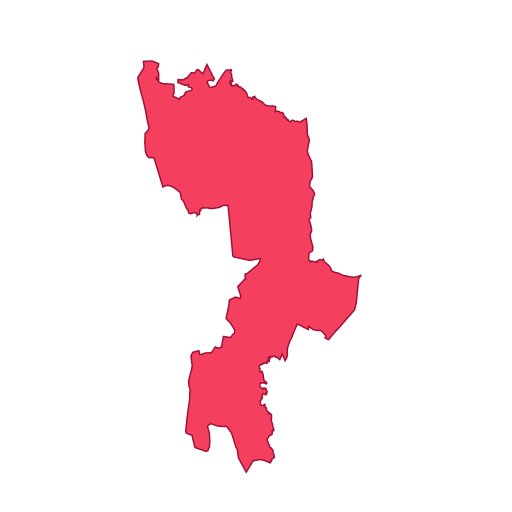 outline of Šķēdes pag., Saldus, Latvia, rotated 260°
{"feature_id": "27541924B42319814490373", "entity_name": "Šķēdes pag.", "entity_type": "district", "adm_level": 2, "iso_a3": "LVA", "parent_name": "Latvia", "parent_adm1": "Saldus", "projection": "natural_earth1", "projection_center": [22.385, 56.877], "detail": "fine", "context": "isolated", "style": "filled", "palette": "rose", "viewbox_px": 512, "rotation_deg": 260, "n_neighbors": 0, "source": "geoboundaries", "source_scale": "gbopen_adm2", "svg_char_len": 6095}
<svg xmlns="http://www.w3.org/2000/svg" viewBox="0 0 512 512"><g transform="rotate(260 256 256)"><path d="M340.1,176.3L340.5,177.0L340.9,178.8L340.9,181.4L339.4,184.7L336.5,188.2L331.5,192.5L325.0,192.4L322.8,194.0L315.0,195.9L313.2,197.0L310.0,197.2L309.6,197.8L308.9,199.4L309.6,202.0L308.9,204.1L307.3,205.3L306.3,205.1L307.2,206.0L306.9,206.6L307.2,207.1L306.8,207.5L307.7,207.9L308.3,207.8L309.1,208.1L309.5,208.6L311.0,208.3L311.2,208.6L310.9,208.7L311.3,209.1L311.1,209.5L311.6,209.5L311.5,209.9L311.8,209.9L312.7,210.7L312.5,210.9L312.9,211.6L312.5,211.9L311.9,216.4L310.7,219.2L310.3,221.8L310.2,228.4L311.6,232.8L310.8,235.8L311.1,237.3L259.9,233.2L258.9,234.1L252.8,249.0L252.8,259.0L252.4,259.8L249.9,258.6L247.1,256.3L240.3,244.3L240.1,242.3L238.5,241.8L236.4,241.7L235.4,241.9L235.5,241.3L229.0,232.7L218.9,234.1L217.5,233.1L216.8,233.0L219.1,228.8L217.3,222.2L211.8,220.6L200.1,215.8L198.9,216.1L194.8,218.9L189.1,221.4L186.5,222.1L184.0,221.5L182.3,218.9L180.3,217.4L180.7,215.1L182.4,209.9L172.5,206.3L171.7,203.1L173.5,200.0L168.4,195.2L169.3,189.1L168.5,184.9L168.8,183.5L172.7,183.3L172.1,177.0L168.9,174.6L158.9,174.1L154.9,172.6L147.4,169.1L143.5,167.7L138.6,167.5L136.1,168.0L131.9,166.8L127.9,166.2L109.8,160.4L95.6,156.3L93.8,156.6L91.4,160.1L91.0,161.8L78.0,162.6L72.3,172.9L72.7,174.9L73.7,175.3L76.0,177.0L81.6,178.4L89.9,179.3L96.8,178.6L98.4,181.1L98.5,182.9L95.4,188.3L93.9,193.2L93.7,195.1L93.1,197.7L85.7,201.2L71.1,203.1L69.7,203.9L59.9,203.7L44.8,208.8L54.8,217.7L54.9,222.4L54.6,225.7L52.5,230.0L49.8,233.9L50.6,235.0L51.8,235.1L52.0,236.0L53.2,236.3L54.1,238.5L54.6,239.1L57.4,239.2L59.1,238.7L62.4,238.9L63.1,238.1L64.2,237.6L65.1,236.6L72.6,235.1L74.3,235.5L75.1,236.6L76.5,237.4L76.7,239.0L77.4,240.0L77.5,240.7L78.8,241.3L80.1,241.2L81.3,242.0L80.8,242.7L81.4,243.4L83.3,243.3L84.1,242.9L88.5,243.0L90.3,242.4L96.5,243.7L97.9,243.3L97.9,242.6L98.2,242.1L99.3,241.9L99.4,241.7L98.6,241.3L98.6,241.0L100.5,241.0L101.5,240.0L103.0,239.5L103.6,239.5L104.4,240.0L105.5,239.0L106.3,238.6L106.8,238.5L107.9,239.2L108.2,239.1L108.4,238.5L107.7,237.1L107.6,236.3L107.9,235.6L108.9,234.8L112.4,234.9L112.9,235.1L113.1,235.9L114.1,236.7L114.9,236.7L115.0,237.1L114.8,237.3L115.2,237.6L116.0,237.5L118.9,238.5L119.2,238.9L119.2,239.4L117.9,240.7L119.0,242.0L118.2,242.4L120.5,243.4L124.0,242.6L124.2,242.1L124.0,241.3L124.6,240.9L123.6,240.2L123.7,239.5L125.0,238.8L125.9,237.6L126.7,237.2L129.1,237.5L130.0,238.2L129.9,241.1L128.4,243.6L128.3,244.1L128.9,244.5L130.0,244.3L131.6,242.7L132.5,242.2L137.4,242.4L141.2,242.1L141.2,240.1L141.6,239.8L144.1,240.4L145.3,239.6L146.9,240.1L148.5,242.3L148.3,243.9L149.3,244.7L149.4,245.2L149.0,245.6L149.2,246.4L148.3,248.0L148.8,248.4L149.6,248.1L150.9,249.1L150.2,249.4L149.6,250.4L150.2,251.0L151.6,250.6L151.3,251.0L151.8,251.3L152.7,250.9L153.8,251.0L153.2,251.6L153.6,252.0L153.4,252.2L154.4,252.3L154.6,253.0L153.8,253.3L153.8,254.7L154.5,255.7L154.0,257.4L153.1,257.5L152.7,258.2L152.8,258.8L149.8,261.4L154.7,264.8L147.9,266.5L150.3,268.5L153.0,269.7L159.0,270.7L162.8,272.5L167.6,275.4L169.8,277.3L174.4,279.9L181.9,284.9L174.5,294.8L177.5,295.6L173.5,299.7L171.8,304.2L171.8,306.1L170.5,307.7L165.6,310.9L163.2,309.9L161.0,312.9L169.3,322.8L169.2,323.1L185.9,343.7L193.0,346.8L212.6,352.2L216.8,353.7L217.7,355.3L218.7,355.7L217.9,351.6L218.1,348.7L218.8,346.0L221.8,338.4L225.0,333.8L226.0,331.1L228.0,328.0L231.6,327.2L234.0,326.1L238.5,322.3L241.3,321.9L240.6,320.0L241.3,318.1L241.0,316.8L240.4,315.8L239.6,315.7L239.3,315.2L240.0,314.7L239.7,314.4L239.6,313.6L240.0,313.4L239.9,313.0L240.2,312.1L240.8,311.4L241.0,310.7L240.5,309.7L241.7,309.0L241.6,307.9L243.1,307.3L246.2,307.8L250.0,308.9L250.9,311.9L251.5,312.7L252.3,312.8L252.0,313.0L252.8,312.9L255.2,313.7L262.9,312.8L266.0,312.9L267.9,313.2L271.3,315.3L277.2,315.3L282.4,314.5L283.1,315.0L284.2,316.6L288.6,316.9L295.0,319.7L300.2,320.8L301.5,321.7L305.1,323.1L305.9,324.2L307.5,324.5L311.0,323.4L314.4,321.1L316.5,321.1L321.0,322.7L321.4,323.6L324.3,325.4L335.5,326.8L339.3,327.1L346.0,325.3L350.3,324.6L361.0,328.8L366.9,327.7L376.8,329.1L382.8,329.4L380.2,322.3L381.6,320.2L381.7,318.0L383.3,316.0L383.2,314.2L382.1,313.0L383.7,311.2L384.9,311.2L385.0,310.7L384.6,310.1L384.7,309.9L386.8,309.7L388.2,308.5L387.7,308.1L387.7,307.8L390.8,307.9L392.6,307.1L392.9,306.5L392.7,305.4L394.0,304.1L394.7,302.9L395.1,301.4L394.8,300.1L399.6,301.3L400.9,298.6L401.2,295.6L402.6,291.9L404.7,290.0L406.9,288.7L408.7,285.8L411.3,283.1L413.5,282.3L413.0,281.5L413.1,280.4L411.1,280.2L410.9,279.6L411.8,279.1L413.2,277.4L413.4,276.0L414.9,275.3L417.5,275.2L419.7,274.4L421.5,273.2L421.9,272.5L422.7,272.2L422.4,271.9L422.6,271.6L423.7,271.3L424.3,270.5L425.3,269.8L425.4,269.3L425.0,268.7L426.2,268.2L426.5,267.7L427.0,268.1L428.6,266.6L428.8,266.3L428.7,266.0L427.5,265.3L427.2,264.7L427.8,264.1L427.6,262.6L428.2,261.8L429.0,261.7L428.3,261.1L428.7,260.9L429.8,260.7L430.4,261.1L430.4,260.7L430.0,260.5L430.5,260.3L432.5,260.6L432.8,261.6L431.6,262.4L432.4,262.9L432.2,263.5L434.8,263.5L436.1,263.0L437.6,263.4L439.8,263.5L440.8,262.9L441.4,262.9L443.3,264.1L443.9,263.8L443.7,262.9L444.2,258.9L441.6,256.0L433.2,248.1L430.3,245.9L430.2,242.9L429.8,241.5L430.0,239.8L436.2,237.9L437.0,239.6L437.0,242.5L435.9,244.2L437.5,245.7L453.1,240.9L444.6,235.4L449.7,231.3L449.7,230.1L446.9,227.6L447.7,224.0L443.9,219.7L442.1,214.7L442.7,212.6L442.3,212.4L443.4,209.9L440.5,209.2L436.3,215.8L436.4,219.1L434.5,218.6L432.8,221.8L431.4,222.1L430.4,221.4L429.8,215.6L428.8,214.4L427.4,213.7L426.4,212.6L425.6,209.4L424.6,208.2L423.5,207.7L426.1,204.6L427.5,202.0L429.5,202.7L430.9,203.7L438.4,204.8L439.3,204.7L441.2,197.6L441.4,195.8L442.5,193.0L444.2,190.3L445.5,190.5L447.0,188.7L448.9,188.9L446.7,190.8L452.8,191.9L457.7,191.0L458.7,191.3L459.7,192.1L459.3,192.7L462.3,193.5L466.0,187.7L467.2,179.4L467.2,178.9L461.2,178.5L452.3,170.6L450.8,170.4L441.0,170.8L427.8,172.0L417.9,172.5L410.4,172.4L400.5,172.9L398.1,171.0L395.9,168.1L387.2,166.3L378.5,165.3L374.4,165.8L371.5,167.6L370.5,172.6L340.1,176.3Z" fill="#f43f5e" stroke="#9f1239" stroke-width="1.5"/></g></svg>